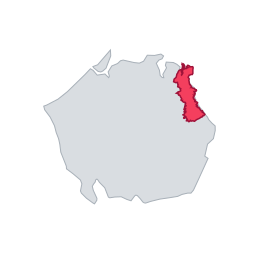 Kambia, Northern, Sierra Leone shown in context, rotated 115°
{"feature_id": "65957751B7874629800584", "entity_name": "Kambia", "entity_type": "district", "adm_level": 2, "iso_a3": "SLE", "parent_name": "Sierra Leone", "parent_adm1": "Northern", "projection": "mercator", "projection_center": [-13.013, 9.222], "detail": "fine", "context": "in_parent", "style": "filled", "palette": "rose", "viewbox_px": 256, "rotation_deg": 115, "n_neighbors": 0, "source": "geoboundaries", "source_scale": "gbopen_adm2", "svg_char_len": 6464}
<svg xmlns="http://www.w3.org/2000/svg" viewBox="0 0 256 256"><g transform="rotate(115 128 128)"><path d="M210.9,126.3L210.8,128.0L209.2,136.0L206.7,142.8L205.1,144.5L198.1,146.2L195.2,149.2L192.6,158.9L191.0,166.5L188.6,167.8L178.3,178.7L171.6,182.9L167.0,186.4L162.5,191.1L157.0,195.6L151.0,203.2L146.7,211.2L143.8,213.6L141.6,211.4L131.4,203.6L120.7,198.3L97.8,189.6L90.2,187.1L90.5,184.0L93.1,178.3L88.8,171.7L90.5,166.8L88.8,166.8L85.6,169.7L78.6,168.9L74.0,164.7L70.2,163.2L68.5,161.1L66.1,150.1L64.4,145.1L60.9,142.1L53.9,141.3L51.0,134.6L47.1,129.4L47.7,126.2L50.9,126.4L53.4,128.7L57.4,129.7L62.3,124.0L66.8,121.0L67.8,118.3L67.3,116.8L64.6,119.1L57.2,118.5L55.4,120.6L52.1,121.2L49.5,114.6L49.6,110.7L50.7,106.5L58.1,105.7L58.8,104.4L53.6,103.4L47.1,98.5L46.0,95.0L49.2,93.9L52.2,94.4L54.9,95.1L57.8,93.9L60.5,92.0L62.1,89.6L64.3,83.1L71.3,81.0L75.4,77.0L79.3,70.9L81.1,66.6L82.7,64.4L83.7,62.5L84.5,60.5L86.2,58.6L88.1,54.0L89.3,49.9L93.4,47.9L101.6,46.1L109.0,49.1L121.1,46.5L121.7,42.6L132.7,42.5L145.8,42.4L156.6,42.4L160.4,43.4L161.7,46.3L165.3,50.9L169.0,54.1L173.7,61.0L179.0,69.1L184.9,76.4L188.6,80.3L189.0,81.7L188.8,83.3L186.9,87.0L185.3,91.0L185.5,92.5L186.6,93.2L192.7,94.5L193.2,98.9L193.2,105.1L196.2,110.9L199.0,115.1L198.9,116.6L192.0,123.8L189.3,131.0L188.0,133.0L187.4,134.6L188.8,135.4L190.7,134.9L193.3,135.5L195.9,135.7L199.2,133.1L204.8,126.5L206.7,125.7L210.9,126.3ZM88.0,184.4L87.2,185.8L83.5,182.2L64.7,176.9L70.0,174.1L83.1,173.2L87.0,174.9L88.7,176.3L89.4,178.9L88.0,184.4Z" fill="#d9dde1" stroke="#a8b0b8" stroke-width="1"/><path d="M92.9,83.7L92.7,82.7L93.2,81.9L93.1,81.1L93.1,80.7L93.3,80.3L93.6,80.3L93.6,80.9L94.0,81.1L94.3,81.7L94.7,81.9L95.1,81.9L95.4,81.8L95.6,81.4L95.4,81.0L94.7,80.6L94.4,80.3L94.2,79.9L94.2,79.3L94.7,78.9L94.9,78.2L95.2,77.8L95.5,77.5L95.9,77.8L96.0,78.2L96.1,78.3L96.4,78.3L96.8,78.1L96.6,77.5L96.2,76.9L96.2,76.5L96.6,75.6L96.3,75.2L95.9,74.9L95.3,74.8L94.9,74.8L94.6,74.5L95.0,73.8L94.9,73.3L94.0,72.3L93.9,70.8L93.6,70.4L93.0,70.2L91.2,69.2L89.3,67.5L88.5,67.0L87.3,66.4L86.9,65.7L86.7,65.5L86.1,65.5L85.6,65.4L85.4,65.2L85.1,65.2L85.1,64.8L84.6,64.4L84.1,64.4L83.3,64.0L83.0,64.2L83.0,64.7L82.7,65.0L82.4,66.1L82.1,66.3L82.1,66.5L82.4,67.2L82.3,67.4L81.8,67.2L81.3,67.5L80.9,68.0L81.0,68.2L81.3,68.5L81.5,68.9L81.4,69.4L80.7,70.5L80.3,71.1L80.1,71.3L80.2,71.6L80.1,71.8L79.9,71.9L80.1,72.1L79.9,71.9L79.7,72.1L79.7,72.8L79.5,73.2L79.8,73.5L79.3,73.8L79.6,74.4L79.4,74.5L79.3,75.1L79.1,75.0L78.8,74.6L78.5,74.6L78.1,74.9L78.0,75.2L77.9,75.6L78.1,75.9L78.1,76.1L77.9,76.1L77.6,75.9L77.4,75.8L77.2,75.7L77.1,75.8L76.8,75.9L76.3,75.6L75.8,75.5L75.7,75.8L75.4,76.2L75.4,77.0L75.6,77.5L75.5,77.8L75.8,78.0L75.8,78.6L75.7,78.8L75.1,79.0L74.5,78.8L74.4,78.8L74.5,79.1L74.5,79.3L74.2,80.0L73.7,80.4L73.9,80.9L73.6,81.2L72.9,81.3L72.5,82.0L71.7,81.5L71.1,81.8L71.0,81.7L70.8,81.7L70.6,81.8L70.4,82.3L70.3,82.1L69.9,81.7L69.7,81.5L69.4,81.8L69.1,81.8L68.6,81.6L68.2,82.0L68.3,82.3L68.4,82.6L68.1,82.7L67.7,82.7L67.5,82.8L67.1,83.4L67.0,83.1L66.8,83.1L66.7,82.9L66.7,82.6L66.5,82.4L66.3,82.1L66.2,82.1L65.8,81.9L65.2,81.7L64.5,82.3L64.8,83.0L64.8,83.5L64.4,84.1L64.2,84.5L64.4,84.6L64.2,84.5L64.1,84.8L64.5,85.5L64.4,87.5L64.5,87.7L64.3,87.6L63.6,88.1L63.4,88.5L62.5,89.9L62.6,90.3L62.1,90.9L59.7,92.5L59.2,93.0L58.0,93.2L57.4,93.5L57.0,94.3L56.9,94.7L56.6,94.9L56.1,95.0L55.0,94.9L54.2,94.9L53.9,94.3L52.9,93.5L52.3,92.3L51.3,92.4L51.1,92.3L47.9,93.8L45.9,94.4L45.2,95.1L45.1,95.3L46.5,98.0L46.2,98.0L46.0,98.3L45.9,98.3L45.8,98.8L45.9,99.0L45.8,100.2L45.9,100.3L46.1,100.5L46.3,100.4L47.0,100.6L47.4,100.6L47.7,100.4L47.9,99.2L48.0,99.2L48.1,99.5L48.1,100.3L48.6,100.5L48.4,100.9L48.9,100.8L49.0,100.7L49.0,100.3L49.2,100.0L49.3,100.0L49.4,100.6L50.8,101.9L51.2,102.6L52.0,102.8L53.2,102.9L53.4,102.8L53.6,102.6L54.0,102.4L54.3,102.1L54.5,101.8L55.2,101.5L55.5,101.5L56.2,101.6L57.4,101.8L57.3,102.0L57.0,102.0L56.0,101.8L55.6,102.1L55.2,102.6L54.4,103.5L53.9,103.7L53.4,103.8L52.2,103.5L52.2,103.8L51.4,103.7L51.1,103.8L51.2,104.0L51.9,104.2L52.8,104.8L54.0,105.9L54.6,106.1L55.6,106.3L57.4,106.2L57.9,106.4L58.9,106.4L59.5,106.2L60.9,106.0L61.3,105.8L62.1,105.9L64.0,106.8L64.6,106.8L65.7,106.4L66.3,106.4L66.8,106.2L66.7,103.7L66.2,103.2L65.8,102.5L66.1,102.3L66.4,101.9L66.8,101.8L67.3,101.3L67.7,101.1L67.7,100.8L68.5,100.7L69.3,100.5L69.6,100.4L69.6,100.0L69.4,99.6L69.4,99.3L69.6,99.1L69.6,98.6L69.9,98.1L70.2,96.8L70.6,97.0L70.9,97.0L71.6,96.2L72.3,96.0L73.2,96.9L74.0,97.5L74.0,97.8L74.6,98.1L74.8,98.1L75.1,98.1L75.5,98.5L76.0,98.8L75.9,98.2L75.7,97.9L75.3,97.8L75.3,97.4L76.1,96.7L76.5,96.5L76.6,96.3L76.8,95.9L76.4,95.2L76.8,94.3L77.5,93.7L77.9,93.1L78.0,92.7L78.5,92.2L78.7,91.8L80.3,91.8L80.5,91.5L80.4,90.9L80.1,90.4L80.5,90.4L80.9,89.7L81.1,88.5L80.7,87.5L80.6,87.1L80.7,86.7L81.4,86.1L81.7,86.1L82.0,86.4L82.4,86.1L82.7,86.0L83.1,85.6L83.2,84.9L83.4,84.8L83.7,84.8L83.9,85.1L83.9,85.4L84.1,85.8L85.3,85.4L85.7,85.4L86.1,85.2L86.4,85.0L85.9,84.0L86.0,83.9L86.5,83.8L86.9,83.9L87.1,84.2L86.8,84.7L86.5,85.0L86.9,85.2L87.2,85.3L87.6,85.1L87.8,84.3L87.9,84.0L88.5,83.4L88.3,82.7L88.5,82.6L89.4,84.1L89.8,83.9L89.9,83.7L90.0,82.6L90.4,83.0L90.8,83.0L91.4,82.8L91.9,83.0L92.7,83.8L92.9,83.7ZM50.4,102.5L50.1,102.3L49.8,102.4L49.4,102.6L49.2,102.8L49.2,102.6L49.0,103.0L48.8,103.0L48.9,103.4L49.3,103.9L49.6,104.0L49.3,104.1L49.2,104.0L49.2,104.3L49.8,104.1L49.9,103.9L51.2,103.5L51.2,103.3L50.7,103.0L50.4,102.5ZM54.0,103.4L54.3,103.4L54.6,102.8L55.3,102.3L55.6,101.8L55.0,101.9L54.5,102.1L54.3,102.8L53.9,103.3L54.0,103.4ZM47.9,103.7L47.7,103.7L47.7,103.8L47.9,103.8L47.7,103.9L47.8,104.0L47.7,104.1L47.8,104.2L47.8,104.3L47.9,104.8L48.2,104.7L48.0,104.9L48.3,105.1L48.9,104.7L49.1,104.4L48.9,104.2L48.9,104.5L48.7,104.4L48.5,104.5L48.4,104.4L48.1,103.9L47.9,103.7ZM47.2,105.1L47.0,104.6L46.7,104.7L46.7,104.8L46.9,104.9L46.9,105.1L46.7,105.2L46.8,105.3L47.2,105.1ZM51.3,102.9L50.9,102.6L50.7,102.6L50.9,102.9L51.0,103.0L51.3,102.9ZM47.6,106.0L47.6,105.8L47.2,105.8L47.0,106.1L47.5,106.0L47.4,106.1L47.6,106.0ZM48.6,103.6L48.6,103.4L48.4,103.4L48.4,103.5L48.5,103.7L49.0,103.9L48.8,103.6L48.6,103.6ZM51.2,103.4L51.7,103.3L51.8,103.1L51.4,103.2L51.2,103.4ZM47.2,103.2L46.8,103.0L47.2,103.2ZM53.4,103.1L53.0,103.1L53.3,103.2L53.4,103.1ZM47.4,103.8L47.4,103.5L47.2,103.7L47.4,103.8ZM49.5,101.9L49.3,101.9L49.2,101.9L49.5,102.0L49.5,101.9ZM49.2,103.9L49.1,103.7L49.0,103.8L49.2,103.9ZM48.9,104.1L49.0,104.0L48.8,104.0L48.9,104.1Z" fill="#f43f5e" stroke="#9f1239" stroke-width="1.5"/></g></svg>